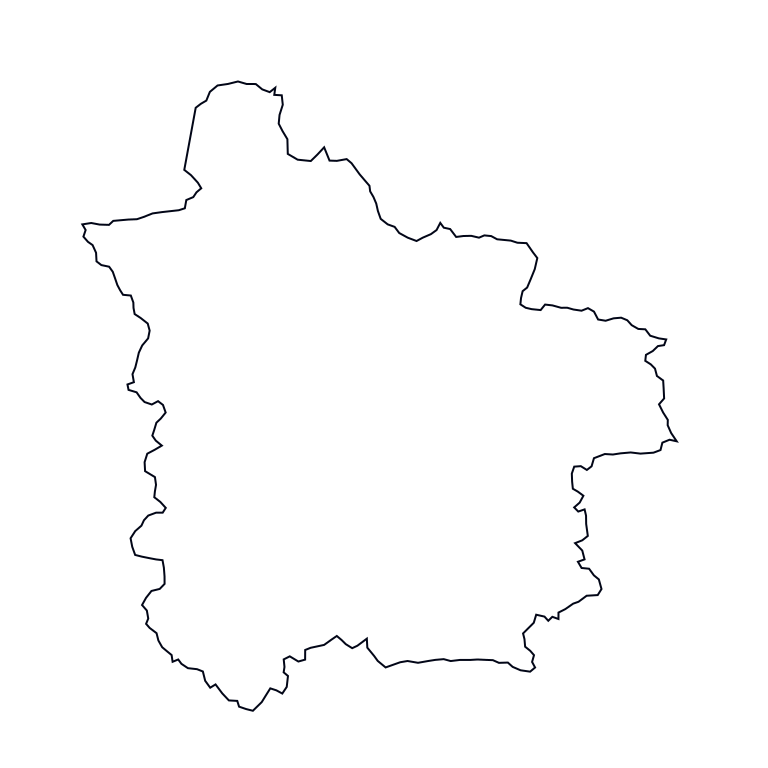 outline of Tijucas do Sul, Paraná, Brazil, rotated 85°
{"feature_id": "56859067B30138498988060", "entity_name": "Tijucas do Sul", "entity_type": "district", "adm_level": 2, "iso_a3": "BRA", "parent_name": "Brazil", "parent_adm1": "Paraná", "projection": "orthographic", "projection_center": [-49.109, -25.886], "detail": "fine", "context": "isolated", "style": "outline", "palette": "ink", "viewbox_px": 768, "rotation_deg": 85, "n_neighbors": 0, "source": "geoboundaries", "source_scale": "gbopen_adm2", "svg_char_len": 3988}
<svg xmlns="http://www.w3.org/2000/svg" viewBox="0 0 768 768"><g transform="rotate(85 384 384)"><path d="M198.7,670.6L204.6,667.8L211.0,670.6L216.6,666.5L220.2,662.2L228.2,659.4L236.8,659.7L240.9,655.2L243.2,647.6L248.6,644.4L256.1,642.5L262.2,641.0L267.6,638.7L272.4,636.2L273.8,628.5L281.0,626.6L286.4,626.9L292.6,626.3L297.0,620.7L303.2,614.1L310.4,612.8L318.0,615.0L324.5,621.5L331.4,625.5L338.5,627.8L345.8,630.3L352.3,633.7L360.4,633.0L362.1,639.6L367.6,639.0L370.7,631.2L376.6,627.8L381.1,624.1L384.2,617.1L381.4,610.6L385.6,606.0L393.4,604.0L399.0,609.4L402.7,614.1L409.7,616.9L415.3,619.3L420.5,616.3L426.0,610.7L429.6,618.3L432.8,625.9L441.0,629.3L450.0,629.6L456.8,620.3L464.6,619.9L471.1,621.6L476.8,622.7L482.0,617.1L488.4,612.2L492.9,615.7L492.3,622.2L494.5,630.3L498.8,635.0L504.0,638.0L508.8,644.6L515.6,649.9L524.2,649.0L532.6,646.8L534.9,640.2L536.9,633.4L538.9,626.3L540.2,620.0L547.8,619.3L556.5,619.4L564.0,620.0L568.6,625.3L569.9,633.7L576.3,639.7L583.1,644.3L589.0,640.0L597.1,639.3L602.2,641.9L606.6,638.7L612.4,632.3L619.9,631.1L626.9,627.9L631.6,623.2L635.5,619.2L642.3,618.8L640.5,613.0L645.1,610.2L650.0,604.1L651.8,595.1L654.6,589.5L664.1,588.0L671.4,583.6L668.6,578.0L678.1,572.1L685.7,566.1L686.9,557.8L692.8,556.5L695.8,549.7L698.1,543.1L690.2,533.5L684.3,529.1L677.3,523.8L679.8,517.9L683.5,512.3L677.3,507.3L666.5,505.1L662.5,509.1L657.2,507.8L649.6,507.9L647.1,501.6L653.0,493.5L651.7,486.6L642.1,485.7L640.4,480.1L638.7,466.4L634.2,458.8L630.9,453.0L635.3,448.6L639.8,444.8L644.4,438.7L642.4,433.3L636.2,423.3L645.2,423.6L654.1,417.5L659.3,414.4L666.5,407.1L662.6,392.1L662.0,384.7L664.7,374.4L663.8,364.1L663.3,356.9L663.3,348.5L665.8,341.7L665.5,332.4L666.4,322.4L666.6,314.9L667.8,305.9L668.6,299.6L671.8,293.8L672.3,284.9L677.0,280.5L681.1,272.9L683.3,263.5L679.6,258.2L673.8,260.7L667.2,258.2L662.5,261.6L658.0,266.3L650.4,266.3L644.6,267.2L634.9,255.6L627.1,252.5L629.7,244.4L634.2,241.0L630.6,236.6L633.3,230.7L626.9,230.1L624.1,223.1L619.3,214.7L617.9,209.2L612.6,200.6L612.9,189.5L607.2,185.2L597.4,187.0L592.9,191.6L585.9,195.8L584.5,203.2L578.0,206.3L576.2,199.5L567.2,201.0L559.2,207.5L557.0,200.1L553.1,194.2L541.0,194.8L532.8,194.2L526.4,195.1L528.0,201.6L523.5,205.3L519.2,199.4L512.7,195.1L508.1,200.3L504.8,205.0L497.7,205.1L489.6,204.7L482.9,201.7L483.0,195.1L487.3,189.4L484.1,184.4L476.2,181.3L473.0,170.1L474.2,162.1L473.7,154.5L473.7,144.2L475.7,134.6L475.9,121.5L473.9,114.3L466.7,111.8L464.4,104.4L466.6,97.4L457.9,102.2L449.8,105.0L444.5,104.4L436.8,108.4L428.2,111.8L422.8,106.2L412.4,105.8L404.9,105.6L399.8,111.4L392.3,112.7L387.7,116.5L383.7,121.7L377.8,120.5L374.6,113.4L370.1,107.8L369.7,101.6L364.2,99.0L362.5,106.2L359.1,114.6L352.3,118.9L351.3,125.9L347.0,132.1L341.7,136.1L338.6,142.0L338.6,149.6L340.3,157.7L338.4,165.1L330.2,168.5L326.2,174.2L328.2,180.8L326.3,188.8L324.0,194.8L323.5,201.0L320.4,209.3L318.9,216.6L324.0,221.5L322.3,230.4L320.4,236.2L316.5,241.2L310.3,240.0L303.6,237.8L300.4,233.0L292.3,228.7L282.7,223.8L271.9,220.3L265.9,224.1L256.1,229.7L254.9,238.8L252.2,245.2L249.7,258.7L246.0,264.3L244.7,271.1L246.5,276.6L244.0,284.2L243.5,292.0L243.8,299.3L235.4,304.6L233.5,310.8L228.4,313.9L235.2,318.2L238.8,324.2L241.6,332.6L244.4,339.1L240.3,347.6L234.9,355.7L228.4,359.7L225.3,366.4L219.2,372.9L211.1,375.0L203.6,376.0L196.8,378.2L190.9,381.0L185.3,381.2L179.6,385.3L173.0,390.0L161.2,397.1L156.7,401.6L157.6,411.5L156.7,418.8L143.0,423.0L149.6,430.3L155.5,437.5L153.0,450.5L146.4,459.8L131.7,458.9L123.3,463.0L115.5,466.2L106.8,464.6L97.0,460.5L87.5,460.7L86.4,468.1L79.4,466.5L83.3,472.4L79.9,479.6L74.0,485.6L73.2,494.6L69.9,503.1L71.5,513.3L72.1,523.8L77.8,532.0L86.2,536.3L88.9,542.0L92.4,547.5L153.3,564.3L159.1,558.1L167.2,551.9L173.1,549.0L176.7,554.1L181.2,557.7L183.5,564.9L191.6,567.1L193.0,573.3L193.4,590.1L193.9,599.7L196.7,609.1L198.3,615.8L197.9,624.4L197.9,633.3L197.9,639.5L201.5,644.1L200.4,653.4L198.1,661.6L198.7,670.6Z" fill="none" stroke="#020617" stroke-width="2"/></g></svg>